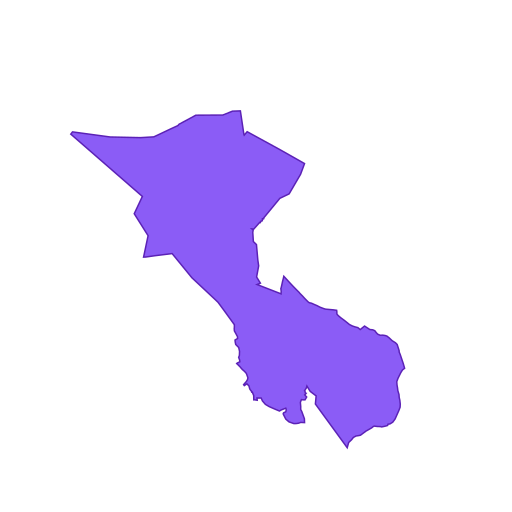 outline of San Juan Yucuita, Oaxaca, Mexico, rotated 138°
{"feature_id": "50627088B89370206265788", "entity_name": "San Juan Yucuita", "entity_type": "district", "adm_level": 2, "iso_a3": "MEX", "parent_name": "Mexico", "parent_adm1": "Oaxaca", "projection": "equal_earth", "projection_center": [-97.266, 17.522], "detail": "fine", "context": "isolated", "style": "filled", "palette": "violet", "viewbox_px": 512, "rotation_deg": 138, "n_neighbors": 0, "source": "geoboundaries", "source_scale": "gbopen_adm2", "svg_char_len": 2972}
<svg xmlns="http://www.w3.org/2000/svg" viewBox="0 0 512 512"><g transform="rotate(138 256 256)"><path d="M318.0,219.9L318.0,219.5L319.7,217.6L320.7,216.7L322.2,214.8L322.8,212.2L323.7,208.5L324.9,207.0L326.3,207.3L327.8,207.6L329.0,206.0L330.3,203.8L330.1,199.6L332.0,196.2L334.9,193.2L336.7,192.3L337.8,189.6L338.8,188.2L341.5,189.0L342.3,189.0L342.0,184.3L342.1,182.8L342.1,180.7L341.8,178.5L341.7,176.1L341.9,174.8L343.5,170.9L344.9,169.9L347.1,169.2L351.3,168.7L351.4,167.5L348.3,167.1L348.2,164.1L349.6,161.4L349.8,160.0L349.8,158.9L350.3,157.7L349.8,157.3L350.4,155.8L351.1,153.8L353.9,150.6L353.4,150.2L351.6,148.0L350.3,149.8L347.2,147.0L348.2,144.0L348.2,143.5L348.3,139.5L347.0,135.3L344.7,130.2L342.3,125.1L340.2,124.7L335.7,123.0L336.4,121.5L338.1,120.3L340.4,121.0L341.2,120.7L341.6,120.1L342.6,116.4L343.0,114.8L342.5,110.7L340.0,106.1L338.0,104.4L336.1,103.2L334.1,102.4L331.4,99.7L328.9,102.7L328.1,104.7L326.0,109.9L325.5,112.0L323.4,114.3L321.0,117.5L318.6,118.8L318.1,118.7L318.1,118.4L315.8,116.3L312.7,117.3L312.7,120.2L311.7,120.2L310.6,120.4L311.0,121.2L309.8,123.2L309.9,123.4L307.0,124.2L305.2,125.3L306.3,119.1L305.1,112.7L304.9,111.8L310.9,106.3L316.5,52.5L311.9,55.4L308.0,55.5L305.0,56.0L302.1,55.3L299.5,53.6L298.2,52.9L291.5,52.3L289.3,51.8L285.1,50.9L283.0,50.8L282.0,50.5L279.9,48.1L277.7,46.0L277.0,44.9L275.3,43.9L273.3,42.8L271.6,42.0L270.4,42.7L268.9,41.6L265.6,41.0L261.7,41.8L253.2,45.6L250.1,47.2L247.9,49.4L245.6,52.6L244.2,55.1L242.4,57.4L240.7,61.0L239.0,63.4L237.5,65.8L235.5,68.4L232.3,70.1L226.5,72.4L223.4,73.3L220.7,73.1L218.5,77.6L214.7,86.4L213.9,88.7L212.9,90.0L210.3,95.8L210.4,98.2L211.5,102.0L211.8,106.0L212.3,108.9L213.3,110.6L214.7,112.3L216.8,114.1L217.9,116.6L217.9,118.6L217.7,121.0L218.6,123.0L220.6,125.2L222.2,131.3L227.8,131.6L228.2,134.6L229.8,137.0L231.2,139.5L232.4,142.6L233.3,148.3L234.3,153.3L234.7,156.2L234.8,158.2L234.4,159.2L233.7,159.9L232.9,160.9L232.4,161.7L234.6,164.3L239.9,170.0L240.8,171.5L242.7,175.2L243.9,178.4L245.0,180.7L246.3,183.7L247.7,185.7L248.0,187.2L248.2,192.2L248.2,195.1L248.4,199.1L248.3,200.0L248.5,203.6L248.7,208.6L248.8,213.5L248.9,222.3L250.9,220.9L253.2,219.4L255.4,217.8L258.5,215.6L259.3,215.2L261.0,212.8L262.7,211.1L274.3,234.1L270.9,232.9L269.6,240.0L260.6,246.9L257.4,251.7L248.0,264.2L248.3,268.5L242.6,275.7L240.7,277.2L240.9,278.9L240.7,278.7L239.7,277.5L230.8,278.5L230.7,278.0L230.3,278.0L229.0,278.6L228.4,278.2L227.7,278.0L226.3,279.4L225.5,278.5L225.2,278.6L225.1,279.1L199.7,282.9L189.8,280.0L168.2,286.9L158.1,292.2L166.8,318.3L179.4,354.3L183.9,353.7L183.6,354.5L170.5,374.3L176.6,379.4L186.4,383.0L206.5,400.9L225.0,405.4L226.8,405.2L232.9,407.1L234.5,407.6L247.6,411.5L251.5,412.7L252.2,412.9L262.7,421.3L284.7,442.0L309.3,471.0L312.1,470.5L300.6,376.3L318.2,368.9L322.6,343.3L340.3,330.4L338.6,329.0L331.0,323.9L316.7,313.9L318.2,282.7L315.6,252.4L315.2,247.0L316.2,236.7L318.0,219.9Z" fill="#8b5cf6" stroke="#5b21b6" stroke-width="1.5"/></g></svg>